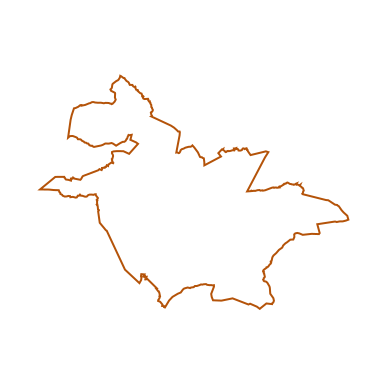 Yautepec, Morelos, Mexico, rotated 260°
{"feature_id": "50627088B17751662562656", "entity_name": "Yautepec", "entity_type": "district", "adm_level": 2, "iso_a3": "MEX", "parent_name": "Mexico", "parent_adm1": "Morelos", "projection": "equal_earth", "projection_center": [-99.033, 18.865], "detail": "fine", "context": "isolated", "style": "outline", "palette": "amber", "viewbox_px": 384, "rotation_deg": 260, "n_neighbors": 0, "source": "geoboundaries", "source_scale": "gbopen_adm2", "svg_char_len": 5980}
<svg xmlns="http://www.w3.org/2000/svg" viewBox="0 0 384 384"><g transform="rotate(260 192 192)"><path d="M295.7,94.8L294.9,91.8L294.9,90.3L288.6,86.9L284.2,85.0L267.0,79.4L268.2,81.4L268.0,83.6L267.8,84.4L266.1,87.3L265.3,88.3L263.8,88.8L263.3,91.1L262.8,91.8L261.6,92.5L260.4,94.2L259.4,94.8L258.9,96.3L257.9,97.2L257.7,98.3L255.8,99.1L255.3,100.4L254.9,100.7L254.9,101.7L254.0,102.4L253.4,103.3L253.6,110.5L253.9,112.3L254.8,115.0L254.1,118.5L254.2,121.3L253.3,122.7L250.8,125.3L252.7,130.0L253.4,132.4L253.2,134.2L254.0,135.6L255.6,136.8L255.7,137.3L258.0,138.5L258.7,139.5L259.9,139.1L258.8,139.8L258.8,142.5L254.1,140.4L250.6,145.5L248.8,147.2L240.5,136.7L244.1,131.5L245.3,125.2L245.6,121.8L245.3,120.2L244.1,119.9L242.0,120.6L241.0,120.5L238.3,119.2L238.3,118.8L237.3,118.7L234.4,119.3L233.6,120.1L235.0,117.7L233.5,114.4L232.2,113.9L233.1,112.7L232.0,112.1L231.6,112.6L231.9,111.1L231.0,110.3L231.4,109.8L231.2,108.7L231.3,107.6L230.2,107.5L229.3,106.8L230.6,104.8L229.7,103.5L226.7,87.6L226.3,86.9L224.1,85.1L223.4,84.2L225.5,78.7L226.9,77.4L225.9,76.7L226.4,75.5L226.3,75.1L225.3,75.2L224.2,74.8L225.4,72.5L226.2,70.0L226.8,69.6L227.8,69.4L228.4,68.8L229.1,68.8L230.6,60.0L220.9,42.8L219.2,51.7L217.9,56.3L216.9,61.1L215.0,61.4L214.3,62.1L213.0,62.0L211.8,63.6L210.8,64.0L209.6,65.9L209.4,67.9L209.6,69.5L209.1,71.2L208.0,71.3L207.9,73.8L206.7,76.4L206.7,77.6L208.2,78.9L207.9,79.9L208.9,81.2L207.6,82.0L207.4,83.2L206.0,85.8L205.8,86.7L205.8,87.6L207.0,89.3L207.2,90.8L206.9,92.7L206.3,94.5L206.6,95.6L206.5,96.8L205.5,96.7L202.4,98.3L201.5,97.7L200.9,96.8L200.5,96.8L200.0,97.3L199.1,96.8L197.1,96.6L196.3,96.0L195.7,96.6L195.2,96.3L194.6,96.7L191.0,96.4L190.5,97.1L190.0,97.1L189.2,96.2L177.7,95.8L169.2,100.6L168.7,101.3L127.2,112.5L111.4,124.4L114.1,126.6L116.3,127.3L117.8,127.1L119.9,127.8L119.1,130.9L116.5,128.6L117.1,129.2L117.3,129.7L117.3,131.1L116.5,131.0L116.4,132.6L114.3,131.7L114.0,129.9L114.0,133.0L103.3,140.6L103.2,139.9L99.8,141.7L99.8,142.0L98.6,142.3L94.9,142.4L94.8,141.8L94.0,142.0L92.8,141.3L91.5,140.0L90.6,139.7L89.4,141.6L86.2,143.4L85.0,142.8L84.4,144.8L83.5,144.5L83.0,145.3L89.1,150.6L92.1,154.6L94.3,160.4L95.0,163.5L97.5,166.1L98.3,167.5L98.7,171.1L97.7,173.5L98.1,174.4L98.0,177.1L98.9,178.5L98.6,180.5L99.0,183.2L99.4,184.8L99.0,186.1L99.1,187.4L98.9,189.4L98.8,189.9L98.0,190.7L97.2,193.1L97.0,194.7L96.5,195.9L96.4,197.4L95.0,197.2L88.3,193.2L85.2,193.2L81.7,193.9L79.9,202.2L80.2,213.5L71.4,228.1L71.9,229.8L67.8,236.0L65.2,238.4L69.3,245.9L67.7,251.4L68.5,251.7L69.0,252.8L70.7,253.8L73.3,253.7L78.2,251.4L84.0,252.0L85.6,251.9L89.4,250.5L90.7,249.6L91.3,248.5L91.5,247.7L92.1,247.2L93.4,246.9L93.7,247.4L94.7,247.7L95.3,248.6L95.8,249.0L98.7,248.9L99.1,248.6L99.6,248.9L101.1,248.3L101.4,248.8L102.0,248.4L102.7,248.9L103.3,249.9L104.5,252.4L104.9,252.4L105.2,254.0L107.0,255.8L107.7,257.0L108.6,257.7L109.6,257.3L110.0,257.5L110.3,258.4L113.7,259.8L115.3,261.2L117.2,264.3L119.9,267.6L121.6,271.2L123.5,272.5L125.2,275.0L126.0,276.9L128.0,280.5L127.6,283.5L129.9,285.0L132.5,285.3L133.3,286.5L133.4,288.5L132.6,290.5L130.6,293.6L130.0,302.6L128.5,309.7L129.4,310.6L138.5,309.8L138.1,327.2L137.9,328.2L137.3,329.3L137.4,332.1L136.9,335.4L137.1,338.5L137.6,341.2L141.6,340.8L145.6,337.7L148.0,336.2L152.5,334.1L153.4,333.0L154.0,332.7L154.7,330.6L160.2,324.8L160.8,322.6L170.6,300.7L171.1,300.3L171.6,300.9L173.3,301.6L173.9,302.3L176.4,302.0L177.4,300.8L177.9,300.8L179.4,299.2L180.3,299.8L179.9,299.0L181.0,297.4L181.0,296.2L181.6,295.7L182.2,296.3L182.0,295.4L181.7,295.2L181.4,293.5L181.8,293.1L182.1,291.8L182.6,291.0L182.9,289.9L184.7,287.8L184.6,286.6L184.2,286.4L183.9,285.7L184.1,284.2L183.5,283.3L183.3,283.4L182.1,280.3L182.3,279.7L182.2,278.9L181.8,278.4L181.3,278.7L181.4,276.4L181.9,275.5L181.9,273.5L182.3,273.3L182.4,271.8L181.0,264.3L181.0,262.0L181.4,261.7L181.5,259.5L182.2,258.9L182.4,256.8L182.1,254.2L182.5,253.3L182.4,253.1L182.5,251.3L183.0,250.9L183.0,250.5L182.6,250.1L183.0,246.4L213.4,269.9L218.0,274.1L219.2,271.8L218.2,256.1L222.5,254.1L223.7,254.0L223.8,253.5L225.4,253.5L225.7,253.0L225.2,252.1L225.1,251.3L225.8,250.8L226.1,249.9L225.6,249.1L224.9,248.7L224.5,247.9L224.4,246.5L224.8,245.0L226.0,244.8L226.5,244.3L226.7,243.4L226.6,242.9L227.6,243.2L227.4,242.1L227.6,240.8L225.7,240.6L226.1,239.3L225.8,237.1L225.8,235.3L226.2,234.7L226.2,233.8L225.6,233.0L225.4,232.2L225.8,231.7L226.9,231.2L227.9,229.9L228.1,229.7L228.9,230.1L228.6,229.4L228.8,228.9L225.7,224.7L221.9,226.7L216.1,208.8L219.2,209.3L223.1,209.5L223.8,208.2L224.5,207.8L224.9,206.3L225.1,206.0L230.0,204.7L235.4,202.0L237.8,200.5L237.3,199.9L236.8,198.6L237.1,196.6L236.8,193.1L236.2,191.4L235.9,189.3L235.1,188.0L233.8,187.4L232.7,186.3L232.6,185.6L233.6,184.3L233.6,183.4L249.9,189.6L253.0,190.4L253.7,190.3L254.0,188.8L254.5,188.5L255.3,188.0L258.5,185.5L261.1,182.7L273.5,165.0L273.6,165.3L274.2,165.8L275.2,165.3L275.3,165.1L275.1,164.9L275.9,165.4L277.2,165.2L277.9,165.9L277.9,166.5L279.0,167.5L279.9,167.7L281.1,167.2L282.1,167.2L282.7,166.7L284.9,167.0L286.2,166.4L287.0,166.5L287.2,166.2L288.6,166.2L288.6,165.4L290.1,164.8L290.6,165.1L291.4,164.9L291.8,161.3L292.5,160.3L293.2,160.1L294.0,160.3L294.5,160.8L294.8,160.6L294.3,159.8L294.8,159.5L295.7,159.7L297.7,159.4L298.3,158.2L300.9,156.1L301.3,156.4L301.8,156.3L302.4,154.8L304.2,154.3L305.3,154.6L305.6,154.5L305.3,153.8L306.0,152.7L307.1,152.0L307.8,151.9L308.3,149.3L310.7,148.7L311.6,148.1L312.7,146.8L315.1,145.5L315.9,145.3L316.1,144.4L318.4,142.2L318.4,141.9L318.8,141.5L317.2,140.8L315.4,139.2L314.9,138.4L314.4,136.7L312.3,132.7L311.6,132.2L308.6,131.2L307.7,130.4L307.2,129.5L305.8,129.8L303.1,133.3L302.4,133.4L298.4,132.5L296.2,132.9L294.4,131.5L292.7,129.1L292.5,128.1L293.1,127.7L293.2,126.9L294.1,125.5L294.8,122.3L294.7,120.6L295.7,117.9L296.2,114.9L297.0,112.0L297.6,110.8L297.8,109.8L297.8,108.8L297.2,107.2L297.2,106.1L296.3,102.0L296.2,98.6L296.6,98.8L296.9,98.0L296.9,97.0L295.7,94.8Z" fill="none" stroke="#b45309" stroke-width="2"/></g></svg>